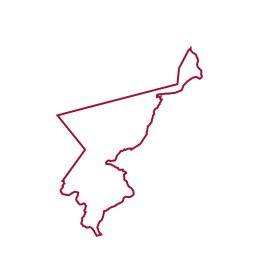 the district of São João da Fronteira, Piauí, Brazil, rotated 46°
{"feature_id": "56859067B29331211301697", "entity_name": "São João da Fronteira", "entity_type": "district", "adm_level": 2, "iso_a3": "BRA", "parent_name": "Brazil", "parent_adm1": "Piauí", "projection": "equal_earth", "projection_center": [-41.223, -3.936], "detail": "fine", "context": "isolated", "style": "outline", "palette": "rose", "viewbox_px": 256, "rotation_deg": 46, "n_neighbors": 0, "source": "geoboundaries", "source_scale": "gbopen_adm2", "svg_char_len": 2888}
<svg xmlns="http://www.w3.org/2000/svg" viewBox="0 0 256 256"><g transform="rotate(46 128 128)"><path d="M120.6,211.9L121.5,211.1L122.6,212.0L123.7,212.2L123.7,213.9L124.1,215.4L125.2,215.6L125.5,217.2L125.8,219.0L126.3,220.2L127.3,220.6L128.7,220.7L130.0,221.0L131.0,220.3L132.2,219.5L133.1,219.0L133.9,218.4L134.8,217.6L135.5,216.8L135.6,215.5L135.8,214.1L136.2,212.7L136.6,211.0L137.5,210.1L138.6,209.3L139.9,208.7L140.8,209.9L141.7,211.1L142.2,212.7L142.6,213.9L143.4,214.8L144.6,215.6L145.8,215.3L146.9,216.0L148.2,215.7L149.3,215.9L150.1,215.2L150.9,214.1L151.4,212.3L152.7,211.7L153.5,212.2L154.8,212.3L155.3,213.3L155.9,214.3L156.6,215.1L156.8,216.5L157.9,217.2L159.1,216.8L159.7,218.6L160.5,220.1L161.0,221.6L160.8,223.2L161.5,224.3L162.5,225.1L163.2,226.1L163.7,227.1L164.4,228.1L165.9,227.8L167.1,228.4L167.9,228.0L168.8,227.3L169.9,227.3L171.3,226.6L172.0,225.5L172.7,224.3L173.9,223.7L175.1,223.7L176.6,223.5L177.5,224.0L178.4,223.8L179.3,224.1L180.3,224.7L181.3,224.7L182.4,225.0L183.8,225.4L186.1,221.2L185.3,221.0L184.3,221.3L181.8,220.9L180.1,219.8L178.2,219.2L177.3,217.3L176.6,216.0L175.9,214.5L175.7,212.9L176.0,211.1L175.1,208.8L173.3,205.8L171.1,202.8L172.3,201.2L172.5,199.9L173.3,195.2L174.9,192.1L175.2,190.9L175.3,189.3L176.9,184.2L177.0,182.5L175.3,179.3L175.7,177.6L178.6,175.0L179.4,173.6L179.6,172.1L179.8,171.0L179.5,169.8L177.1,168.0L174.5,167.5L173.5,167.4L170.7,168.1L167.7,167.3L165.8,166.1L164.7,166.1L163.1,166.6L162.3,166.3L161.0,164.9L159.5,164.2L158.7,163.2L159.2,160.6L158.2,160.3L157.3,160.4L156.4,161.2L155.2,161.5L154.3,160.7L153.2,162.0L152.2,163.1L151.0,163.6L149.8,163.0L147.3,164.4L146.1,164.3L144.8,164.9L142.0,165.7L138.9,168.5L137.8,168.2L137.4,166.9L137.6,165.2L138.1,164.2L139.2,164.0L140.9,161.7L142.4,159.7L141.4,157.4L140.6,156.1L140.4,155.0L140.1,153.6L140.0,152.1L139.9,150.8L139.6,149.2L140.5,148.3L140.8,146.9L141.0,145.3L141.9,145.3L142.4,144.1L142.6,142.8L143.9,141.2L144.6,140.2L145.8,140.7L148.0,130.2L145.7,119.9L145.3,118.4L144.2,117.9L143.4,116.0L142.4,115.1L141.6,113.9L140.6,112.6L140.7,111.0L140.1,107.0L138.1,104.1L137.6,102.9L136.5,101.6L136.1,99.5L134.1,98.1L133.2,95.1L133.9,93.1L133.7,91.9L132.9,90.6L132.9,88.7L132.0,87.8L131.7,85.9L130.9,83.8L129.7,84.6L128.9,84.0L128.1,82.8L127.6,84.1L126.6,84.2L125.8,85.7L124.5,84.3L124.8,83.1L126.1,81.3L127.4,79.8L130.2,76.1L131.6,74.8L133.1,72.7L134.8,70.5L135.5,69.5L138.0,63.5L137.7,62.1L136.1,59.0L135.9,57.0L135.8,54.8L135.8,52.5L136.2,49.8L136.7,47.2L137.0,46.1L138.5,43.6L140.0,42.9L142.4,42.2L142.7,40.8L142.3,39.2L141.6,38.5L140.3,38.3L139.1,36.8L137.6,35.4L136.8,35.5L132.8,35.5L130.5,34.4L129.4,32.9L128.3,30.8L127.2,30.1L124.5,29.2L122.5,28.2L119.4,28.8L118.0,29.1L116.2,28.9L115.0,28.5L114.1,27.6L114.2,30.7L120.5,49.8L130.8,62.0L105.0,107.6L79.9,152.1L69.9,170.0L113.8,173.9L114.5,177.7L120.6,211.9Z" fill="none" stroke="#9f1239" stroke-width="2"/></g></svg>